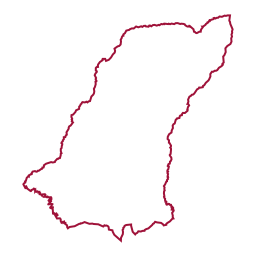 outline of Comodoro, Mato Grosso, Brazil
{"feature_id": "56859067B94261224091437", "entity_name": "Comodoro", "entity_type": "district", "adm_level": 2, "iso_a3": "BRA", "parent_name": "Brazil", "parent_adm1": "Mato Grosso", "projection": "orthographic", "projection_center": [-59.748, -13.193], "detail": "fine", "context": "isolated", "style": "outline", "palette": "rose", "viewbox_px": 256, "rotation_deg": 0, "n_neighbors": 0, "source": "geoboundaries", "source_scale": "gbopen_adm2", "svg_char_len": 5738}
<svg xmlns="http://www.w3.org/2000/svg" viewBox="0 0 256 256"><path d="M23.4,184.4L25.4,188.1L25.8,188.1L25.6,186.5L26.2,186.3L27.3,188.6L30.1,190.7L30.4,189.8L30.5,190.5L31.1,190.8L31.6,189.9L32.8,189.6L33.7,188.6L34.1,188.7L34.2,189.2L35.0,189.2L35.1,191.0L35.4,190.5L35.5,191.6L36.2,191.9L37.2,191.3L37.7,191.7L39.1,191.8L38.6,192.7L40.0,193.0L39.7,194.2L41.0,194.4L41.9,195.7L42.3,195.8L42.1,194.4L44.9,194.2L45.4,194.6L45.5,195.2L44.3,196.8L46.2,196.8L47.0,197.3L47.7,196.6L48.6,197.3L51.0,197.2L51.3,197.8L49.9,198.2L49.9,198.7L51.3,199.5L51.1,200.1L50.3,200.5L49.0,200.0L48.6,200.6L49.4,201.5L50.6,201.2L50.9,201.5L48.5,203.9L48.4,204.3L48.9,204.4L49.9,203.8L52.4,204.1L52.4,204.5L51.5,205.2L51.4,206.1L50.2,207.5L50.3,207.9L51.1,208.2L51.6,207.2L52.9,207.3L52.9,207.8L52.4,208.4L52.8,209.8L53.0,213.6L53.7,213.8L53.6,212.8L55.5,214.1L56.4,213.5L56.7,214.0L56.5,214.6L56.8,214.9L57.4,214.8L57.5,215.2L56.6,215.6L56.4,216.6L55.8,216.4L57.0,218.5L59.9,218.3L60.7,219.3L60.7,221.0L61.5,222.7L62.8,221.9L63.1,222.7L64.2,221.8L64.5,223.1L65.4,223.0L65.4,224.2L66.7,224.9L67.1,225.7L67.2,227.2L67.9,228.3L69.5,227.0L74.7,226.2L79.3,223.8L80.2,223.8L80.7,223.3L81.6,223.4L84.6,222.1L89.4,223.8L92.3,223.6L93.7,224.0L98.3,224.3L102.9,226.4L103.4,226.5L104.4,225.3L105.6,225.7L106.4,225.5L107.7,226.0L108.6,227.0L108.9,229.6L112.4,230.3L112.8,231.9L114.3,234.8L120.9,240.6L121.0,237.9L122.8,234.2L123.0,231.9L122.6,229.9L123.4,228.8L123.3,227.8L124.4,226.7L124.6,225.8L126.2,225.0L131.1,224.5L131.1,225.7L132.7,231.8L135.2,234.4L135.9,233.5L137.3,232.8L138.3,231.3L140.9,231.5L142.4,230.9L144.5,230.8L144.7,230.0L146.2,229.1L148.4,228.4L152.2,225.0L153.0,223.8L153.8,223.5L155.1,221.8L157.0,222.4L161.1,222.9L163.0,224.3L163.7,225.4L166.3,224.8L166.3,223.9L167.3,223.0L169.9,221.4L172.4,218.7L173.4,218.5L172.7,217.1L172.8,215.7L172.1,212.9L173.7,210.7L173.4,209.6L173.0,210.1L172.8,209.7L171.7,209.6L171.9,208.6L172.7,208.9L173.1,207.8L172.1,206.6L171.4,206.9L171.0,204.9L170.0,204.9L169.3,204.0L168.1,203.8L167.6,204.5L166.6,204.6L166.1,203.7L166.3,201.8L165.4,201.6L165.6,201.0L165.0,200.1L165.1,198.7L164.3,197.8L164.0,196.7L164.4,196.3L163.9,193.2L164.1,191.2L164.7,190.5L164.3,188.9L164.6,187.6L163.9,186.1L165.1,184.4L166.3,181.6L167.0,181.3L167.0,180.0L168.0,179.0L167.6,177.1L168.1,177.0L167.7,175.5L168.1,174.0L167.4,173.0L168.0,171.7L167.4,171.5L167.3,171.0L167.7,169.8L168.2,169.4L168.8,167.0L168.2,166.5L168.5,166.2L167.8,165.8L168.5,164.1L169.8,163.6L170.0,161.6L170.6,161.3L171.5,159.4L171.3,157.6L169.8,155.4L169.8,154.8L170.6,154.0L171.0,149.8L171.0,148.7L170.2,147.6L170.9,146.8L171.0,145.6L169.5,143.0L168.9,142.7L169.0,140.3L167.6,139.0L167.8,136.7L169.1,134.2L171.5,132.5L171.7,130.5L172.9,128.1L172.7,125.5L173.5,124.2L174.7,123.5L175.8,119.6L176.7,119.1L177.0,118.4L179.4,118.0L179.8,116.1L180.5,115.4L181.9,115.2L182.1,113.9L182.9,112.9L184.9,113.0L187.5,110.8L187.7,109.9L187.3,109.6L188.0,107.0L189.1,105.4L188.2,103.9L187.5,103.9L188.4,101.8L188.1,99.6L189.4,96.7L191.1,95.7L191.7,94.8L193.0,94.6L194.2,93.6L197.1,89.3L198.5,88.6L199.2,87.5L200.0,87.7L202.8,87.2L203.1,85.8L204.2,85.3L205.8,82.8L208.4,80.5L209.1,79.4L210.4,76.5L210.3,74.1L211.9,71.7L213.1,71.8L214.8,70.7L215.9,70.8L217.3,70.1L218.9,67.8L221.6,66.1L222.8,64.8L222.3,64.3L222.4,63.8L223.7,62.5L223.2,56.5L224.3,55.3L225.7,52.1L225.4,48.3L227.3,46.0L230.4,44.0L231.5,41.6L231.2,38.4L232.0,36.5L231.5,34.6L232.2,32.8L232.0,31.4L232.6,29.3L230.3,23.9L230.0,21.9L229.3,20.7L230.0,15.4L227.6,15.4L225.9,15.9L224.7,15.6L221.9,16.8L219.5,16.5L218.0,17.8L217.1,17.7L215.4,18.5L214.6,17.9L214.1,18.0L214.4,18.4L213.0,19.3L211.3,19.7L210.6,20.2L209.9,20.1L209.8,20.8L209.3,20.6L208.3,22.4L207.5,22.3L207.1,23.2L205.9,24.0L205.5,24.8L203.0,26.6L202.4,26.6L202.8,27.2L201.1,29.5L200.7,31.7L199.6,31.6L196.8,33.1L195.7,32.8L194.9,31.9L194.0,31.7L193.5,29.3L190.1,26.3L189.9,26.6L189.1,25.9L188.6,26.5L187.3,26.5L185.3,25.3L184.7,24.3L183.4,23.9L181.2,23.7L180.2,24.0L177.7,23.1L175.6,23.2L174.3,24.1L171.5,23.6L170.1,24.2L168.7,23.7L168.2,24.1L165.0,23.7L164.6,24.1L164.0,23.7L162.9,24.3L161.3,24.0L159.4,25.2L158.7,24.9L156.7,25.6L154.6,24.9L152.9,25.1L151.3,26.3L150.0,25.5L149.7,25.8L149.1,25.7L148.5,26.7L145.8,26.4L145.4,25.8L143.8,25.9L142.3,26.9L141.2,26.3L138.3,27.3L136.1,26.5L133.7,28.5L131.9,28.4L129.9,29.2L129.4,29.8L126.3,30.6L125.0,33.1L123.4,34.4L123.4,35.7L122.8,35.7L121.9,37.0L121.6,38.3L120.7,39.7L121.0,41.5L120.6,44.5L119.3,45.9L117.6,46.4L114.5,48.6L115.1,50.9L114.7,52.6L112.9,54.4L111.0,57.5L108.8,59.8L106.0,60.9L105.2,58.9L102.7,58.9L102.4,59.3L102.6,60.2L99.9,62.0L98.1,64.5L97.8,65.8L98.0,66.9L96.6,67.1L95.8,68.0L95.8,70.5L96.8,71.3L96.8,71.9L95.4,73.6L94.7,75.2L96.1,78.0L95.6,79.1L96.5,80.9L96.4,81.3L95.5,81.6L95.7,84.2L94.9,87.0L93.9,88.8L94.3,91.3L94.0,93.2L93.3,94.6L91.4,96.5L90.0,101.1L88.5,101.4L87.5,102.4L86.3,101.7L85.6,102.2L84.4,102.4L82.6,102.1L82.0,102.5L81.5,103.7L80.6,104.4L80.1,105.8L79.2,106.6L79.1,108.9L76.1,110.3L75.4,112.0L73.1,114.6L71.5,115.1L71.4,117.0L72.2,118.8L71.7,119.6L72.2,120.3L71.8,121.4L73.0,122.4L70.7,125.5L69.2,126.4L68.7,127.5L68.7,128.7L66.5,132.3L66.8,134.7L65.8,135.4L65.3,137.1L63.8,137.2L63.8,139.3L62.8,140.3L62.8,141.3L61.7,142.3L61.4,143.1L62.3,144.0L62.2,144.9L61.8,145.8L61.6,148.0L60.8,148.9L60.8,151.2L61.5,153.2L60.8,153.5L60.7,155.3L59.9,158.1L58.5,158.3L58.1,158.9L57.2,158.9L55.1,161.2L54.9,162.0L52.8,162.5L51.1,162.1L46.1,163.7L43.9,165.3L43.9,166.6L43.5,167.5L42.4,167.5L42.0,168.8L41.2,169.0L38.7,170.8L37.9,170.7L37.0,171.6L36.2,171.7L35.0,171.1L32.6,171.6L31.7,173.1L31.9,173.9L31.6,174.2L31.1,174.0L29.0,175.5L28.9,176.2L28.5,175.8L27.9,176.8L26.8,177.7L25.8,181.0L25.0,181.4L25.3,182.5L23.7,183.6L23.4,184.4Z" fill="none" stroke="#9f1239" stroke-width="2"/></svg>